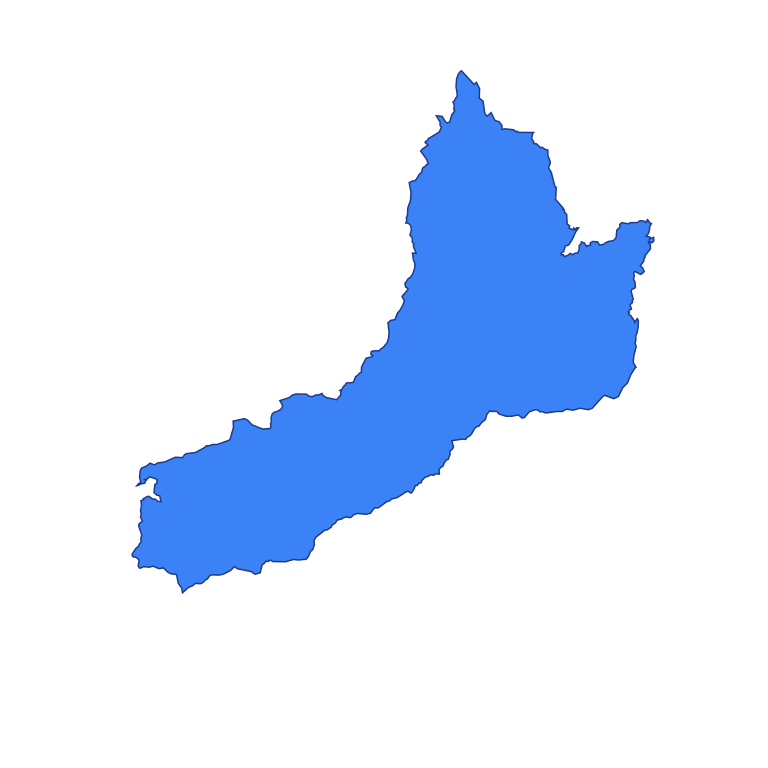 the district of Lopatari, Buzau, Romania, rotated 226°
{"feature_id": "2599482B38865643072398", "entity_name": "Lopatari", "entity_type": "district", "adm_level": 2, "iso_a3": "ROU", "parent_name": "Romania", "parent_adm1": "Buzau", "projection": "orthographic", "projection_center": [26.556, 45.546], "detail": "fine", "context": "isolated", "style": "filled", "palette": "blue", "viewbox_px": 768, "rotation_deg": 226, "n_neighbors": 0, "source": "geoboundaries", "source_scale": "gbopen_adm2", "svg_char_len": 6148}
<svg xmlns="http://www.w3.org/2000/svg" viewBox="0 0 768 768"><g transform="rotate(226 384 384)"><path d="M555.4,657.3L555.8,656.0L555.4,653.0L553.1,648.2L547.8,642.3L541.6,638.0L539.9,636.0L540.0,634.6L538.8,631.5L539.0,629.6L535.6,628.2L533.2,625.0L531.3,624.7L530.5,619.5L526.9,613.4L527.7,610.8L530.1,610.4L536.2,611.7L540.6,608.0L533.3,606.2L531.1,604.0L528.8,603.7L526.9,598.7L529.7,586.3L529.1,584.7L529.5,582.1L529.1,581.3L525.3,581.7L526.3,575.0L526.1,572.2L516.4,570.8L511.6,568.9L512.2,567.2L511.9,564.1L512.6,562.7L511.7,560.2L510.3,558.6L510.2,554.4L508.8,549.5L508.7,547.4L510.3,545.3L511.4,542.0L502.9,536.4L497.8,530.8L493.9,523.1L489.5,518.6L487.8,515.3L485.7,513.8L484.6,511.5L483.4,512.8L480.5,513.5L477.9,512.3L475.8,510.7L473.1,506.1L469.5,505.9L466.5,502.9L463.9,502.9L463.7,501.8L461.8,500.3L455.6,497.9L458.4,495.5L453.2,491.6L449.3,489.9L446.3,487.0L443.2,481.1L442.4,476.9L443.0,475.0L441.8,468.9L438.8,466.9L436.3,467.5L435.3,466.9L434.5,457.8L429.7,456.5L427.6,452.3L426.0,446.9L425.7,443.1L422.7,436.6L425.1,433.0L425.3,429.4L417.7,423.6L413.8,419.1L411.6,415.0L410.9,409.0L411.5,406.0L411.2,403.8L415.6,398.8L416.1,397.1L414.4,395.1L412.2,395.7L412.1,393.9L415.0,389.1L411.8,379.6L408.1,375.7L408.9,373.6L408.5,371.3L409.0,368.6L406.5,363.3L408.7,359.9L410.1,359.0L410.8,357.2L410.2,355.2L410.4,353.1L409.4,350.4L409.9,347.8L408.8,348.5L408.1,347.0L406.2,345.7L405.6,339.0L414.3,333.1L418.1,332.2L420.3,332.8L421.4,329.6L423.3,327.6L424.8,323.5L427.4,321.6L430.7,321.1L437.8,313.9L439.5,310.9L440.1,306.3L444.4,297.5L439.2,296.2L437.8,294.2L437.5,292.1L438.3,288.5L440.1,285.2L440.0,282.4L438.2,279.4L434.8,276.5L434.3,274.8L431.6,272.9L431.2,271.0L435.9,265.4L446.3,260.7L452.9,260.8L456.1,259.4L462.1,249.7L457.3,245.5L451.1,234.7L451.2,233.3L456.4,222.0L459.6,218.5L461.2,215.1L463.0,213.3L463.0,210.5L465.7,200.8L471.4,193.1L471.6,191.1L471.0,187.9L476.2,183.1L480.4,171.7L484.3,166.6L485.3,162.6L489.6,160.7L489.9,156.3L492.0,150.9L490.7,148.0L486.4,143.1L482.1,140.7L482.8,138.5L482.5,135.6L481.6,137.1L481.3,139.3L478.8,143.0L480.0,145.1L479.9,146.1L481.4,145.7L480.2,147.4L480.0,151.0L473.1,154.5L470.5,151.8L470.8,149.3L465.7,143.1L461.7,143.4L459.4,145.0L454.2,141.8L456.9,139.7L460.3,139.4L461.8,137.7L466.5,136.9L467.5,135.6L468.7,131.0L467.6,130.7L468.9,128.0L465.1,125.2L462.1,120.9L458.9,118.9L457.6,116.5L453.2,114.9L453.5,110.7L452.4,109.0L443.8,104.9L441.4,101.3L439.2,99.9L438.8,96.8L437.8,94.6L438.1,91.2L436.6,84.6L435.8,83.8L434.0,83.4L431.3,85.4L428.0,85.5L426.8,84.9L423.9,80.8L421.6,80.2L420.6,81.1L419.7,84.1L415.3,87.9L413.4,91.3L407.5,93.9L404.9,97.6L398.3,97.8L395.4,99.0L391.1,102.4L383.5,97.5L378.0,96.8L373.8,94.1L373.5,101.9L371.8,106.4L371.6,109.8L368.0,113.1L367.2,114.8L366.9,117.9L367.3,119.5L366.4,121.2L367.2,125.7L366.1,127.8L361.4,132.3L358.9,136.1L356.4,144.0L356.6,149.5L352.8,150.3L341.3,158.2L336.8,159.0L334.2,163.8L338.6,170.7L338.2,173.2L338.5,176.0L336.8,177.5L336.3,180.0L333.5,180.7L324.6,189.6L320.5,197.2L316.9,200.1L312.0,206.3L312.3,209.4L314.6,215.0L314.4,217.7L316.8,222.4L319.8,224.6L321.1,228.4L320.0,239.9L318.5,241.8L317.7,246.7L318.5,248.5L317.8,252.8L318.7,255.6L316.2,259.9L315.9,261.9L314.7,264.3L311.6,266.6L310.9,268.6L311.1,271.1L309.5,274.8L302.7,280.6L300.4,284.6L301.5,290.9L298.8,294.1L297.5,304.1L295.9,307.3L296.2,309.4L293.1,314.6L291.1,324.8L290.1,326.8L287.1,327.5L286.5,328.3L287.7,333.0L289.2,335.9L288.0,337.4L288.4,340.1L287.1,342.3L288.3,344.3L288.4,348.7L286.8,352.0L286.3,354.5L284.2,356.0L283.6,357.1L283.8,358.4L280.7,361.2L284.2,364.1L284.6,366.5L284.0,369.7L285.2,371.9L286.0,376.1L285.2,378.0L287.6,382.9L288.9,383.5L289.9,385.3L289.6,387.8L290.3,390.2L296.1,393.4L290.0,402.0L287.4,404.3L288.0,406.7L287.2,409.1L287.2,412.2L289.0,418.0L288.9,421.2L287.7,423.1L288.4,426.2L288.0,432.3L290.6,436.7L291.4,441.6L290.0,441.9L285.8,446.2L282.5,445.9L276.0,449.4L272.1,453.4L268.5,459.1L263.5,459.7L262.3,461.8L263.1,469.2L260.5,474.9L258.7,476.5L255.5,476.9L254.6,478.4L250.8,480.2L243.8,489.7L240.4,493.2L239.1,497.9L234.0,501.6L230.3,508.3L223.4,513.3L221.9,517.2L223.0,532.3L222.7,534.8L213.8,539.1L212.2,543.9L215.5,553.3L215.6,559.8L219.4,568.5L221.1,575.3L220.9,576.9L226.3,578.2L230.8,583.4L235.7,591.4L239.2,593.1L240.5,595.5L243.7,598.5L244.8,601.3L248.2,606.1L253.0,611.1L255.1,611.6L254.1,607.1L255.0,607.9L261.8,609.0L264.4,608.4L265.0,610.2L266.1,610.0L266.5,612.3L266.0,614.0L270.1,616.1L270.0,619.5L271.3,620.2L271.8,622.1L279.4,626.4L279.9,627.8L278.8,631.0L279.1,632.1L282.9,635.3L286.2,636.4L287.9,639.2L290.6,640.9L290.8,642.3L289.9,643.0L284.8,644.6L284.1,646.2L284.2,649.4L288.4,650.7L290.9,650.4L291.9,656.1L293.6,658.0L293.6,659.6L295.0,661.0L296.1,669.5L299.2,672.3L302.7,672.9L302.6,674.0L301.1,673.7L299.7,674.6L299.3,675.7L299.6,677.6L302.2,679.8L303.9,675.7L304.8,677.4L308.3,675.2L308.5,678.6L310.7,682.5L312.3,683.9L313.7,687.7L314.2,687.0L319.1,687.8L319.0,686.0L318.1,685.0L318.4,684.4L321.0,683.9L323.5,681.7L324.2,678.3L328.9,673.3L329.6,670.9L334.9,667.1L335.1,664.4L333.0,663.0L333.0,658.4L328.1,652.7L327.7,648.7L330.5,644.7L331.6,642.0L331.9,639.1L334.1,635.6L337.9,636.4L341.5,633.2L342.3,630.4L340.3,629.1L342.1,626.7L342.2,625.2L346.3,626.1L349.1,624.7L347.9,622.9L348.1,620.7L345.5,618.2L343.7,614.7L345.6,611.7L346.0,609.4L348.6,608.8L348.8,605.5L350.4,602.2L352.3,602.9L354.0,601.3L355.1,602.6L354.4,605.0L357.3,610.3L355.7,613.5L357.1,619.6L360.3,627.6L361.1,632.4L362.4,631.3L361.8,630.6L362.5,630.2L362.0,629.3L362.9,629.0L362.7,628.2L364.3,628.8L363.8,626.9L367.6,625.4L368.9,627.5L371.8,626.9L379.1,633.2L382.1,633.2L383.6,634.5L385.3,633.8L385.2,634.8L385.8,635.0L397.7,635.7L405.7,644.5L407.5,644.2L420.1,651.4L424.4,652.3L426.0,653.5L427.0,656.6L428.6,658.1L434.7,660.7L438.5,664.4L440.5,663.0L444.5,662.1L445.4,660.8L450.9,660.5L452.7,658.9L454.8,660.1L457.8,660.5L460.9,664.8L461.0,666.3L471.7,655.4L473.3,655.4L474.0,654.1L476.8,653.9L483.5,648.3L485.1,645.7L488.0,648.4L492.4,649.1L496.5,646.9L504.8,649.6L504.9,644.7L505.9,644.1L508.8,644.6L518.6,651.7L523.5,651.1L530.0,657.9L536.8,660.0L536.9,656.9L555.4,657.3Z" fill="#3b82f6" stroke="#1e3a8a" stroke-width="1.5"/></g></svg>